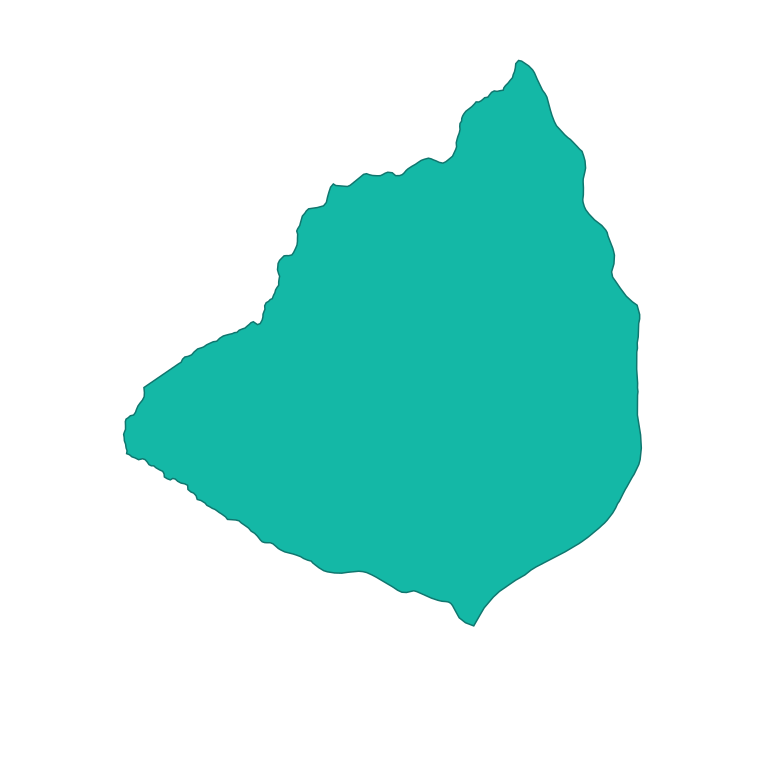 outline of Aparecida do Taboado, Mato Grosso do Sul, Brazil, rotated 340°
{"feature_id": "56859067B67152949964175", "entity_name": "Aparecida do Taboado", "entity_type": "district", "adm_level": 2, "iso_a3": "BRA", "parent_name": "Brazil", "parent_adm1": "Mato Grosso do Sul", "projection": "natural_earth1", "projection_center": [-51.332, -20.072], "detail": "fine", "context": "isolated", "style": "filled", "palette": "teal", "viewbox_px": 768, "rotation_deg": 340, "n_neighbors": 0, "source": "geoboundaries", "source_scale": "gbopen_adm2", "svg_char_len": 4623}
<svg xmlns="http://www.w3.org/2000/svg" viewBox="0 0 768 768"><g transform="rotate(340 384 384)"><path d="M621.1,126.0L617.4,128.0L615.5,131.9L613.4,135.2L611.3,137.4L609.5,140.1L606.4,141.8L603.4,143.7L600.3,145.1L597.9,146.7L596.5,148.7L593.6,148.1L590.3,147.7L587.8,146.3L584.8,146.7L582.7,148.0L579.6,150.0L576.5,149.4L574.1,150.4L571.7,151.2L569.4,151.4L567.0,150.4L564.9,151.7L561.4,153.4L558.0,154.5L554.2,155.7L551.4,157.5L549.6,159.0L547.9,161.0L546.8,163.5L544.6,165.1L543.3,167.8L542.5,170.8L540.6,173.8L538.0,176.8L536.4,179.0L534.4,182.0L533.3,186.0L531.7,188.0L529.4,190.3L526.3,193.4L523.8,194.3L521.3,195.2L518.1,196.3L514.9,196.6L511.7,194.6L509.2,192.1L507.1,190.3L505.4,188.6L503.0,187.0L498.6,186.6L495.5,186.6L492.1,187.4L488.7,188.3L484.5,189.0L480.2,190.0L477.9,190.9L475.0,192.6L472.7,193.5L469.8,193.5L466.2,192.2L464.0,188.3L460.0,186.3L457.2,186.3L454.2,186.8L451.8,187.0L448.6,185.9L444.5,184.1L441.9,182.4L439.5,180.4L436.5,180.0L432.9,181.3L420.2,185.7L417.2,185.9L406.6,181.0L404.8,178.7L401.1,180.8L397.7,185.1L394.9,189.0L391.9,193.7L388.1,195.9L381.7,195.4L373.1,193.6L370.2,194.8L368.1,196.4L364.7,198.3L360.8,203.7L359.0,206.3L355.9,208.7L354.3,210.4L354.1,213.7L352.6,217.3L351.4,220.5L349.8,223.6L348.0,225.6L346.0,227.6L343.9,229.6L341.5,231.2L338.3,230.8L336.0,229.9L333.9,229.4L330.9,230.8L328.2,232.1L325.7,234.5L324.6,236.9L323.0,240.2L322.7,244.2L322.8,247.0L321.2,249.7L319.9,252.2L318.8,255.2L316.5,256.7L314.3,258.5L312.6,261.0L310.6,262.8L308.2,265.6L306.0,265.7L303.7,266.9L301.1,267.3L298.6,269.7L297.7,273.0L295.9,275.0L294.2,277.0L293.1,279.7L291.3,282.3L288.3,284.9L285.4,284.9L284.0,282.9L282.5,280.8L280.0,280.9L277.8,281.9L275.0,282.9L272.5,283.9L270.3,283.8L266.4,283.9L263.5,285.2L261.0,284.6L258.6,284.8L255.8,284.4L252.5,284.1L249.4,283.9L245.3,284.8L241.4,286.6L238.0,285.9L234.1,286.2L230.8,286.5L227.1,287.5L224.9,287.5L220.9,287.3L216.6,288.9L213.2,290.8L209.3,291.0L206.1,290.5L203.2,291.8L200.8,294.2L197.7,294.8L157.2,305.2L155.9,310.2L154.3,313.9L151.4,316.6L148.2,318.5L145.3,320.5L142.5,323.5L140.8,325.6L138.1,327.5L134.8,327.1L132.1,328.2L129.6,328.8L128.1,330.8L126.9,334.6L125.6,338.2L123.7,340.3L122.1,342.3L121.6,345.2L120.6,348.6L120.6,352.1L119.8,355.8L119.7,358.9L118.3,361.4L120.6,363.4L122.2,366.2L124.9,368.4L127.5,371.2L131.6,371.7L133.7,373.4L134.8,376.2L135.6,379.4L137.4,381.3L139.6,382.1L141.1,384.8L143.7,387.9L146.2,390.4L146.6,393.2L145.8,396.2L147.9,398.9L150.4,401.0L153.2,400.5L155.4,402.0L156.9,404.9L159.4,407.7L162.5,409.6L164.8,412.0L163.7,416.1L165.6,419.4L167.8,421.4L169.2,424.7L169.0,428.6L172.2,430.9L175.1,434.6L176.1,437.5L178.2,439.7L180.1,442.1L182.3,444.1L183.7,446.1L185.2,448.4L186.8,450.4L188.3,452.6L189.7,454.7L190.6,457.7L194.0,459.2L198.2,461.1L201.0,463.0L202.4,465.8L204.2,468.3L205.8,470.6L207.5,473.1L208.8,476.8L211.4,480.1L213.0,483.6L214.5,488.3L215.6,490.6L217.6,492.2L219.9,493.2L222.9,494.3L225.0,496.2L226.7,499.2L228.4,502.4L230.1,504.5L233.3,507.8L240.5,512.7L243.3,514.9L246.6,517.7L248.8,520.5L252.1,523.5L255.0,525.5L256.0,528.1L260.0,534.4L263.5,538.8L266.5,541.1L273.0,544.7L279.6,547.3L285.8,548.6L291.6,550.1L296.2,551.3L300.0,553.1L303.3,555.3L307.3,559.2L310.3,562.5L319.0,573.1L322.1,576.8L326.3,582.5L329.6,585.8L333.8,587.6L337.3,588.0L341.3,588.5L343.9,590.4L355.4,601.5L360.7,605.7L364.2,608.0L367.9,609.7L370.0,610.9L371.7,612.9L372.6,615.6L373.1,619.0L373.5,621.8L374.7,629.4L378.9,636.2L385.6,642.0L395.2,633.9L401.6,628.6L413.9,621.6L421.5,618.4L440.5,613.4L451.1,611.6L458.5,609.1L464.3,607.9L497.0,603.6L510.2,601.1L512.5,600.7L516.4,599.7L523.7,597.6L537.3,592.7L540.3,591.4L543.6,590.1L547.1,588.3L554.7,583.5L559.3,579.7L562.5,576.4L565.0,574.7L571.3,568.7L574.9,565.4L576.8,563.9L585.1,556.7L588.2,554.3L595.9,546.8L598.8,542.7L603.9,532.2L607.7,519.6L611.5,499.8L618.4,481.3L620.0,478.1L620.9,474.3L622.6,470.0L626.5,456.5L632.5,440.3L634.4,437.1L636.0,432.0L639.0,426.7L644.0,414.3L646.5,410.3L648.0,406.2L648.8,396.5L645.5,391.7L641.7,384.4L638.7,374.4L636.8,366.9L635.4,361.8L636.2,356.5L641.2,349.7L644.6,341.8L645.1,338.1L645.4,334.8L645.1,321.7L645.5,317.9L645.0,315.1L642.9,309.6L637.9,301.7L634.8,294.5L633.2,289.3L632.9,285.8L633.2,281.3L633.8,278.8L636.0,274.5L638.5,267.9L640.3,262.0L641.3,259.5L645.4,253.2L647.3,250.0L649.2,243.1L649.6,238.1L649.7,233.1L648.1,230.2L647.0,227.5L644.3,221.3L642.8,218.0L641.1,215.5L639.1,211.7L636.8,206.1L634.4,200.4L633.8,195.6L633.7,189.0L634.0,183.6L635.2,170.2L634.6,166.1L633.4,162.1L632.2,150.1L631.8,143.0L631.1,139.7L628.8,134.6L623.8,127.7L621.1,126.0Z" fill="#14b8a6" stroke="#0f766e" stroke-width="1.5"/></g></svg>